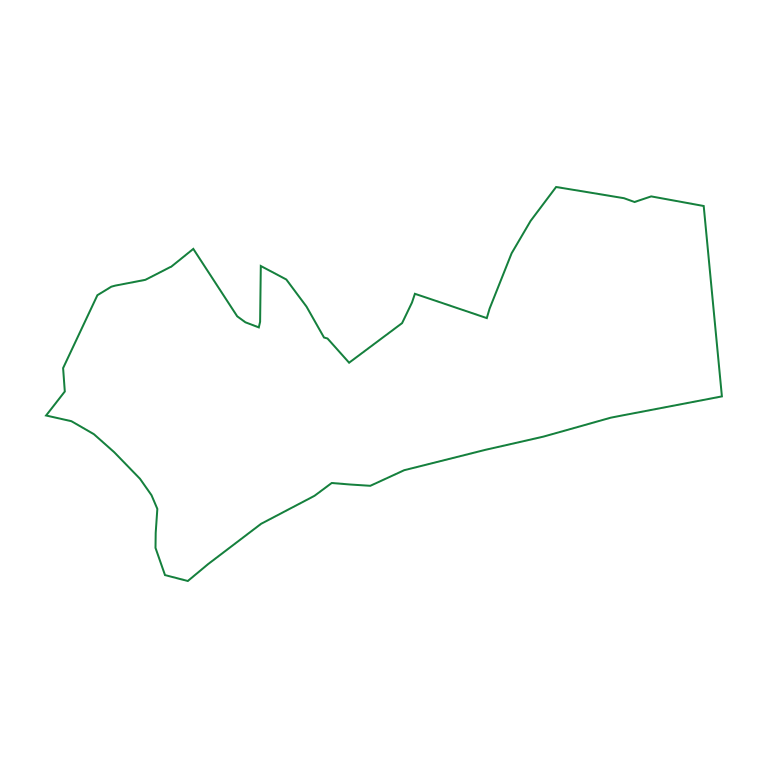 the district of Eastern Obolo, Akwa Ibom, Nigeria
{"feature_id": "59680162B7891718144591", "entity_name": "Eastern Obolo", "entity_type": "district", "adm_level": 2, "iso_a3": "NGA", "parent_name": "Nigeria", "parent_adm1": "Akwa Ibom", "projection": "equal_earth", "projection_center": [7.662, 4.523], "detail": "fine", "context": "isolated", "style": "outline", "palette": "green", "viewbox_px": 768, "rotation_deg": 0, "n_neighbors": 0, "source": "geoboundaries", "source_scale": "gbopen_adm2", "svg_char_len": 816}
<svg xmlns="http://www.w3.org/2000/svg" viewBox="0 0 768 768"><path d="M46.1,415.5L71.4,421.2L93.9,434.2L114.1,452.1L140.0,478.8L151.5,495.2L157.3,508.8L157.3,509.5L155.7,532.8L155.5,547.9L165.0,575.1L187.8,581.0L208.1,564.1L261.1,523.8L314.5,495.8L331.7,483.0L350.0,484.5L370.3,485.8L404.2,470.2L485.5,449.8L543.5,436.6L610.7,417.7L623.0,415.3L721.9,396.4L703.7,206.0L701.0,205.5L651.2,196.4L634.5,202.0L624.0,198.2L556.1,187.0L530.6,220.9L511.6,253.3L489.6,308.6L486.8,318.1L428.0,298.2L414.9,293.8L412.0,302.5L402.1,323.1L349.1,362.7L327.5,338.5L324.0,337.5L306.5,306.6L286.3,279.5L260.8,266.0L260.1,321.8L258.8,327.4L245.4,322.3L237.2,316.3L193.3,248.9L171.1,266.8L170.2,267.1L145.4,279.8L115.3,285.6L111.3,286.7L97.4,295.2L63.1,368.1L64.8,391.5L46.1,415.5Z" fill="none" stroke="#15803d" stroke-width="2"/></svg>